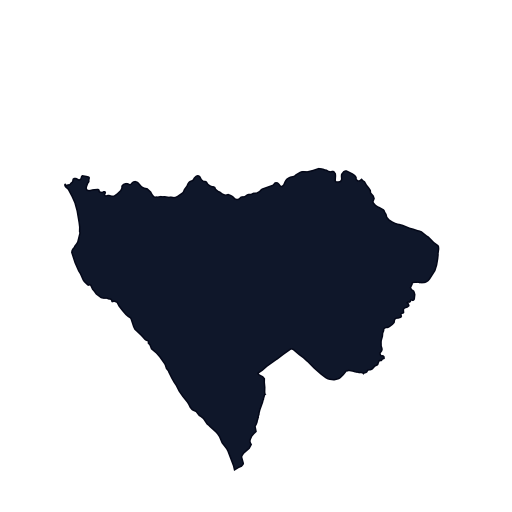 outline of Mecufi, Cabo Delgado, Mozambique, rotated 146°
{"feature_id": "85939544B73793826279493", "entity_name": "Mecufi", "entity_type": "district", "adm_level": 2, "iso_a3": "MOZ", "parent_name": "Mozambique", "parent_adm1": "Cabo Delgado", "projection": "albers", "projection_center": [40.384, -13.265], "detail": "fine", "context": "isolated", "style": "filled", "palette": "ink", "viewbox_px": 512, "rotation_deg": 146, "n_neighbors": 0, "source": "geoboundaries", "source_scale": "gbopen_adm2", "svg_char_len": 6141}
<svg xmlns="http://www.w3.org/2000/svg" viewBox="0 0 512 512"><g transform="rotate(146 256 256)"><path d="M125.6,260.5L127.9,260.3L128.8,260.6L129.6,261.3L130.1,263.0L130.1,263.7L129.1,265.3L129.2,267.5L130.2,270.1L132.8,274.7L133.6,276.0L134.4,276.5L136.1,276.8L139.3,275.8L140.4,274.5L141.9,271.9L142.9,271.0L144.3,270.6L145.8,271.0L148.2,272.5L148.3,274.1L145.3,278.0L144.3,279.8L144.4,282.5L145.4,283.4L147.3,284.1L148.8,285.8L149.7,287.8L150.9,288.9L151.8,290.3L153.3,291.8L155.2,293.4L161.0,295.0L166.4,297.0L169.9,299.6L171.0,300.2L172.6,300.6L177.5,300.9L179.4,300.6L180.6,300.9L183.2,302.0L184.7,302.3L187.2,302.4L188.4,302.1L190.2,301.3L193.2,299.4L195.6,299.0L196.5,299.9L196.8,300.5L196.9,302.6L197.3,304.4L197.8,305.0L199.2,305.9L202.3,305.1L213.2,307.9L214.4,308.0L217.0,307.4L220.3,307.7L223.1,309.4L225.6,309.7L227.7,311.1L229.1,311.5L231.7,311.4L232.9,311.7L234.1,312.5L235.5,313.1L237.9,312.7L239.3,312.9L240.7,313.9L241.5,314.9L242.2,318.3L243.2,320.3L244.3,321.9L244.7,322.5L246.8,323.2L247.7,323.8L249.3,326.2L250.3,329.2L251.3,330.6L252.0,332.8L252.3,334.1L251.9,335.9L252.5,337.0L253.9,338.2L255.0,339.9L255.9,342.3L255.8,345.1L256.5,346.2L258.0,347.2L258.2,348.0L258.7,349.9L258.3,352.9L258.6,354.1L259.2,354.9L259.8,355.3L261.2,355.5L263.5,355.1L265.4,354.2L266.5,354.0L269.0,354.6L270.3,354.5L272.1,353.8L274.1,352.5L278.1,351.1L280.2,349.7L281.4,349.3L287.9,349.2L290.2,349.6L291.5,350.3L293.7,352.4L295.5,353.3L298.7,356.3L300.3,357.2L301.8,358.5L304.8,359.8L305.3,360.4L306.8,361.1L307.3,361.6L307.7,362.8L307.9,365.2L307.6,368.0L308.7,372.6L310.7,374.6L311.7,376.2L312.3,377.7L312.9,382.5L313.3,383.6L314.5,385.2L315.9,385.8L317.0,385.9L317.8,385.8L319.5,385.3L320.4,385.4L321.1,386.0L321.9,387.5L322.8,388.3L323.8,388.9L325.9,389.4L328.0,388.9L329.2,387.2L331.6,385.8L336.3,385.0L339.9,384.9L341.0,385.3L342.4,386.4L344.0,388.3L344.8,388.9L346.9,389.6L347.4,390.3L347.4,391.6L347.0,392.0L346.4,392.1L345.5,392.8L345.4,393.8L346.5,394.5L347.7,394.5L348.4,394.9L349.9,396.6L349.9,397.3L349.4,398.3L349.5,399.0L349.9,399.6L354.2,402.0L357.2,403.1L358.4,403.9L359.3,405.2L359.1,406.9L358.1,408.1L354.8,410.5L353.7,410.8L352.9,411.3L352.1,412.6L351.0,413.6L350.5,414.3L350.6,415.0L352.2,416.8L355.1,419.6L356.1,419.4L357.9,417.8L359.5,417.7L360.4,418.1L361.7,420.6L362.4,421.3L363.4,421.9L364.6,421.9L366.1,420.4L367.0,419.9L368.6,419.8L370.5,419.1L372.2,420.1L373.4,420.0L373.9,420.3L374.2,420.7L373.9,421.4L374.1,422.1L374.4,422.1L374.8,421.7L375.1,420.7L375.1,419.6L374.3,416.6L374.3,415.7L375.1,408.2L376.3,401.4L379.0,393.4L384.0,382.4L386.0,378.5L388.5,375.0L389.0,373.5L396.0,367.2L398.0,366.3L401.0,365.3L401.6,364.7L403.7,364.2L405.3,363.4L406.7,362.0L409.7,351.6L411.3,342.7L411.4,339.4L412.6,332.8L412.6,330.8L411.6,326.1L411.0,325.4L410.1,325.4L409.3,324.2L410.0,319.9L409.7,317.3L409.6,313.8L407.6,308.1L405.9,306.3L403.1,304.4L402.2,302.9L400.6,301.5L400.3,300.1L400.8,298.8L400.6,298.5L398.8,297.9L397.0,295.3L397.5,291.0L397.1,285.3L396.5,280.2L395.7,277.3L394.7,275.1L394.6,274.0L396.9,265.8L397.3,263.0L395.4,254.5L394.6,248.9L394.1,247.6L393.0,246.2L393.0,244.7L393.9,244.2L393.6,241.3L394.5,237.5L392.7,231.2L392.1,226.3L391.9,218.0L392.0,216.6L393.1,212.8L392.8,209.8L393.1,208.7L394.0,202.0L394.4,197.1L394.4,193.3L395.2,187.0L395.1,180.5L394.5,173.2L394.6,170.6L395.1,167.3L394.8,164.4L394.4,163.5L392.5,160.5L392.2,155.5L391.4,153.9L390.4,150.6L390.4,144.0L389.7,141.9L389.5,140.4L387.5,132.4L387.2,130.0L387.2,126.6L388.5,120.1L388.0,112.6L388.3,109.9L391.9,94.6L393.4,90.7L388.7,90.5L385.6,89.9L383.2,90.6L382.5,91.2L380.5,97.1L380.2,97.7L379.0,98.5L376.5,99.5L369.2,100.4L365.4,102.4L365.2,104.4L364.6,106.0L363.3,107.2L360.3,109.1L357.1,110.0L354.1,110.5L352.1,115.3L349.3,116.8L348.9,117.3L347.8,117.9L347.6,118.4L345.3,120.2L345.0,120.7L344.4,120.9L344.2,121.5L341.8,123.4L341.5,124.0L338.8,126.4L332.4,131.1L330.8,132.6L330.1,132.9L329.8,133.4L326.8,135.9L326.4,136.2L325.7,136.2L325.8,136.7L324.9,138.4L322.2,142.2L319.8,146.6L317.7,149.6L318.0,152.1L319.9,155.6L320.1,157.2L319.9,157.8L314.8,157.8L308.5,158.6L296.8,158.9L296.2,158.8L288.1,159.3L278.9,159.5L277.6,158.1L277.2,157.1L275.2,149.9L273.5,145.2L272.5,140.8L272.0,139.3L270.4,130.6L268.1,121.8L266.2,116.2L265.1,114.1L264.0,112.8L260.5,109.7L256.6,108.3L255.5,108.1L254.2,108.1L249.9,108.9L245.7,110.2L244.7,110.1L244.2,109.5L243.3,109.5L242.3,108.6L240.0,106.4L239.8,106.0L239.3,105.8L239.1,105.2L237.2,103.2L236.6,102.9L235.7,101.7L233.9,100.6L232.7,99.1L232.7,98.4L231.9,98.6L230.0,98.0L228.9,98.0L227.7,98.7L226.3,98.7L224.9,97.8L223.8,97.5L222.7,97.4L219.1,98.3L216.2,97.9L215.1,98.4L214.7,99.0L212.3,100.3L211.7,100.2L211.1,99.5L210.4,99.3L208.7,100.0L208.1,99.7L207.1,99.5L206.3,100.8L206.4,101.7L206.7,102.4L207.4,102.7L208.0,103.3L208.2,104.4L207.8,105.8L207.3,106.3L205.0,107.1L204.0,107.8L203.3,109.0L202.6,111.4L200.4,114.8L199.4,116.0L196.1,118.8L194.1,121.3L192.0,122.7L191.3,123.7L190.3,124.3L189.2,124.3L187.9,123.9L186.7,123.1L184.9,122.9L181.1,123.1L178.7,123.7L176.8,125.7L176.2,126.0L174.5,126.1L172.9,125.1L170.2,124.3L169.2,124.8L168.6,126.6L168.0,126.9L167.5,127.1L165.9,126.5L165.2,126.7L163.7,129.4L163.3,129.5L162.0,129.9L159.1,129.1L157.1,129.3L156.5,131.0L156.9,132.7L155.9,132.9L154.4,131.9L153.4,132.1L152.4,132.9L151.8,133.0L151.0,131.7L150.6,131.5L150.0,131.4L148.9,131.8L146.0,135.2L145.2,137.5L145.0,138.7L145.4,139.9L145.8,140.5L145.9,141.5L145.7,143.4L142.2,145.5L141.8,146.3L141.2,146.4L139.5,145.7L136.5,143.8L135.4,142.9L135.1,142.3L134.3,142.1L134.0,141.5L133.3,141.3L133.0,140.9L130.8,139.7L129.1,139.4L127.1,139.4L124.9,140.0L115.9,143.9L111.4,147.5L107.1,152.0L104.3,155.3L104.1,155.9L100.7,159.7L99.6,161.6L99.4,162.8L101.2,167.8L102.6,175.4L103.5,177.3L105.4,183.5L106.9,185.6L107.7,186.3L110.8,190.4L113.2,193.1L117.3,199.3L119.8,202.2L120.6,202.8L122.5,205.2L124.1,208.0L125.6,211.5L126.0,215.0L125.0,217.8L124.9,220.3L124.5,222.0L124.6,223.0L126.7,227.2L127.7,228.7L128.7,231.2L129.1,234.5L128.7,235.7L126.0,237.6L125.3,240.2L125.8,244.2L124.6,246.5L124.6,249.6L124.9,253.1L124.6,256.8L125.4,258.7L125.6,260.5Z" fill="#0f172a" stroke="#020617" stroke-width="1.5"/></g></svg>